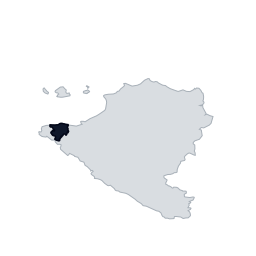 Barcelona highlighted on a map of Spain, rotated 205°
{"feature_id": "ESP-5809", "entity_name": "Barcelona", "entity_type": "Autonomous Community", "adm_level": 1, "iso_a3": "ESP", "parent_name": "Spain", "parent_adm1": "", "projection": "robinson", "projection_center": [1.935, 41.755], "detail": "fine", "context": "in_parent", "style": "filled", "palette": "ink", "viewbox_px": 256, "rotation_deg": 205, "n_neighbors": 0, "source": "natural_earth", "source_scale": "10m", "svg_char_len": 5380}
<svg xmlns="http://www.w3.org/2000/svg" viewBox="0 0 256 256"><g transform="rotate(205 128 128)"><path d="M137.0,68.1L137.0,68.6L138.1,69.8L141.4,70.4L142.2,70.9L142.0,72.4L141.2,73.8L141.9,74.4L142.7,74.3L143.7,73.3L143.9,74.0L145.4,74.6L148.7,75.8L151.1,76.0L153.5,78.4L157.4,77.9L161.0,80.3L164.3,79.7L165.0,80.2L170.2,80.3L170.5,78.4L171.1,77.6L180.1,80.2L181.2,81.8L181.0,82.6L181.5,84.5L182.7,84.5L185.0,83.4L188.1,84.7L188.9,85.9L189.5,86.0L191.9,84.8L198.1,86.2L198.3,85.3L198.8,85.0L201.4,84.2L202.5,84.0L205.8,84.6L206.2,85.7L206.9,86.1L207.1,87.1L205.2,87.6L205.0,89.2L206.2,90.6L206.4,92.9L203.0,95.9L193.4,101.0L190.2,104.1L183.1,105.6L175.6,107.9L171.2,112.0L172.3,112.3L173.6,113.7L173.2,114.3L171.3,115.2L169.5,115.5L166.3,120.5L161.7,125.7L160.1,128.1L156.5,134.2L156.4,135.9L158.1,142.0L159.1,143.6L160.5,144.9L163.2,146.1L163.8,147.2L162.9,148.3L160.2,150.2L155.6,152.7L153.6,154.8L153.1,156.7L151.8,157.6L151.2,160.3L149.3,164.1L149.2,165.1L150.6,166.5L149.2,167.4L142.0,167.7L137.6,170.7L135.3,173.3L133.2,178.3L130.8,181.2L129.7,181.7L128.0,180.4L125.9,180.2L123.9,180.6L122.8,181.7L121.1,182.2L119.5,181.7L116.0,181.5L114.5,181.5L112.0,182.3L109.9,181.8L106.4,181.5L98.7,182.2L97.7,182.5L94.3,185.8L90.5,185.9L87.2,187.2L84.8,190.4L84.3,192.1L83.7,191.7L83.2,191.9L82.8,193.2L80.5,194.0L77.9,192.9L75.8,191.3L74.7,191.2L72.9,188.7L72.2,187.2L71.6,185.4L71.6,184.2L70.0,183.5L69.7,182.0L70.9,179.9L72.5,178.8L71.1,178.9L70.0,180.2L68.7,178.1L63.2,174.0L63.6,172.6L62.6,173.6L62.0,173.9L59.1,173.8L55.8,174.3L54.7,167.3L55.6,164.9L59.4,160.1L61.8,159.4L62.8,157.0L60.7,157.1L57.5,152.4L58.5,148.0L61.9,144.7L62.5,143.3L62.7,142.1L62.1,141.2L60.3,140.8L58.5,137.3L58.2,135.1L56.7,133.9L55.5,131.7L56.7,131.4L61.4,131.4L62.5,130.8L63.4,129.4L64.4,127.0L64.7,125.6L62.9,123.5L62.9,123.1L63.1,122.4L66.1,120.1L65.6,118.4L66.2,114.8L66.0,112.7L65.8,111.0L64.9,108.8L65.6,107.9L67.1,107.1L68.3,105.3L70.1,103.8L72.4,102.6L75.2,99.9L74.8,98.7L73.9,98.0L70.7,97.5L70.5,97.0L70.6,94.1L69.8,92.9L68.6,93.1L66.9,92.6L66.4,92.9L64.1,92.8L62.5,92.3L61.8,92.7L61.6,93.7L58.9,94.8L57.4,94.8L54.9,93.9L52.1,94.2L51.8,93.9L49.3,95.1L48.5,95.2L47.6,93.7L49.0,91.7L47.9,89.7L47.2,89.6L42.6,91.1L39.9,93.0L38.9,93.2L38.5,92.9L38.6,90.2L41.4,87.3L39.7,87.1L39.8,86.3L41.0,85.0L39.9,84.0L40.0,81.1L37.6,82.0L37.0,81.9L37.0,80.7L38.6,78.4L37.0,78.1L35.9,77.3L34.5,75.4L34.5,74.4L35.5,72.0L37.6,70.9L39.8,69.3L42.6,69.6L46.9,68.2L48.4,67.5L48.4,66.5L48.0,65.8L48.4,65.1L52.0,63.2L54.1,63.0L56.2,62.0L57.6,62.6L58.9,62.4L60.3,63.2L62.1,64.9L64.8,65.6L67.0,65.0L78.3,64.9L81.5,64.0L84.0,65.1L88.7,65.6L91.6,66.5L99.6,67.9L102.4,67.9L108.3,66.5L109.9,66.9L112.2,66.2L113.3,66.3L114.7,67.3L119.8,68.7L121.2,67.5L122.2,67.3L125.8,68.0L129.5,69.4L131.5,69.5L134.3,69.1L137.0,68.1ZM205.1,129.5L206.5,130.1L207.9,129.6L208.7,129.8L209.4,130.0L209.6,131.1L206.6,136.5L204.2,137.9L201.7,136.8L200.3,136.5L199.9,136.0L199.6,134.3L198.9,133.8L198.0,133.5L196.1,134.9L195.5,134.0L194.6,133.8L194.3,133.3L194.3,132.6L200.1,128.4L201.8,127.5L205.3,126.4L205.9,126.6L205.4,127.2L205.9,127.8L205.1,129.5ZM221.5,127.4L221.0,128.9L216.6,126.9L215.2,126.7L214.9,126.3L215.0,124.9L217.9,124.7L220.2,125.4L221.5,127.4ZM181.3,144.5L180.8,145.5L178.7,145.1L178.2,144.7L178.7,143.5L179.3,143.4L179.3,142.5L180.0,141.7L183.0,141.0L183.7,141.6L183.8,142.4L182.0,144.2L181.3,144.5ZM183.4,148.7L183.1,148.9L180.7,148.7L180.7,148.0L181.2,147.0L182.0,148.0L183.4,148.2L183.4,148.7Z" fill="#d9dde1" stroke="#a8b0b8" stroke-width="1"/><path d="M199.9,98.0L198.1,98.7L195.3,99.9L195.0,100.1L194.2,100.6L193.2,101.1L192.8,101.3L192.4,101.8L191.8,102.9L191.4,103.4L190.9,103.8L189.9,104.3L189.4,104.4L188.4,104.5L187.5,104.8L187.2,104.9L186.6,104.9L183.9,105.7L183.9,105.3L183.9,105.2L183.3,105.1L183.2,105.0L183.2,104.8L183.2,104.7L183.6,104.6L183.8,104.3L183.7,104.2L183.3,103.8L183.1,103.3L183.0,102.9L183.0,102.7L182.7,102.4L182.0,102.0L181.8,101.7L181.9,101.2L181.9,100.9L181.6,100.6L180.8,100.3L180.7,100.1L181.2,99.6L181.3,99.3L181.2,99.2L180.7,99.2L180.9,98.9L180.6,98.8L180.4,98.7L180.4,98.4L180.6,98.3L181.3,98.1L180.9,97.0L180.9,95.7L181.0,95.5L181.1,95.4L181.4,95.3L181.6,95.4L181.8,95.7L181.9,95.8L182.3,95.7L182.8,96.0L183.0,95.9L184.0,94.9L184.0,94.7L183.8,93.9L183.8,93.7L184.2,93.2L184.2,92.7L184.3,92.5L184.9,92.5L185.0,92.4L185.2,92.2L185.0,91.9L184.9,91.9L184.5,92.0L184.4,92.0L184.4,91.9L184.4,91.7L184.7,91.4L184.8,91.3L184.8,91.1L184.8,90.9L184.8,90.6L185.0,90.4L185.2,90.2L185.0,89.7L185.2,89.4L185.3,89.4L185.4,89.2L185.5,89.1L185.4,88.8L185.4,88.7L185.0,88.6L184.9,88.5L184.8,88.4L184.7,87.7L184.8,87.5L185.2,87.1L186.9,86.8L187.9,86.6L188.2,86.6L188.7,87.0L188.9,87.0L189.3,86.9L189.5,86.9L189.7,87.0L189.7,87.3L189.7,87.5L189.4,88.1L189.7,88.5L189.8,88.6L189.8,88.8L189.9,89.4L189.9,89.5L190.0,89.6L190.3,89.6L190.8,89.9L191.3,89.8L191.9,89.8L192.0,89.8L192.1,89.6L192.3,89.6L193.0,89.5L193.2,89.9L193.3,90.0L193.6,90.1L194.2,89.9L194.7,90.6L194.9,90.7L195.4,90.7L195.7,90.9L195.9,91.2L196.0,91.5L196.0,91.9L195.9,92.1L195.2,92.8L195.2,93.0L195.4,93.1L195.5,93.3L195.5,93.5L195.2,93.9L194.5,94.1L194.4,94.1L193.8,93.9L193.7,93.9L193.6,94.0L193.5,94.3L193.5,94.6L193.7,94.9L193.9,95.2L194.1,95.4L194.6,95.3L195.1,95.3L196.7,96.7L197.9,96.5L198.3,96.3L198.6,96.2L198.8,96.2L199.5,96.5L199.8,97.1L199.7,97.3L199.6,97.5L199.9,98.0Z" fill="#0f172a" stroke="#020617" stroke-width="1.5"/></g></svg>